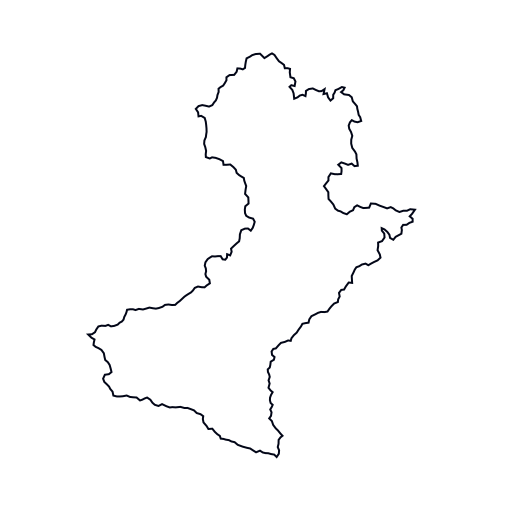 outline of Barbacena, Minas Gerais, Brazil, rotated 118°
{"feature_id": "56859067B90991980012339", "entity_name": "Barbacena", "entity_type": "district", "adm_level": 2, "iso_a3": "BRA", "parent_name": "Brazil", "parent_adm1": "Minas Gerais", "projection": "mercator", "projection_center": [-43.815, -21.253], "detail": "fine", "context": "isolated", "style": "outline", "palette": "ink", "viewbox_px": 512, "rotation_deg": 118, "n_neighbors": 0, "source": "geoboundaries", "source_scale": "gbopen_adm2", "svg_char_len": 5705}
<svg xmlns="http://www.w3.org/2000/svg" viewBox="0 0 512 512"><g transform="rotate(118 256 256)"><path d="M234.6,158.5L231.5,160.4L228.7,162.1L224.7,162.2L221.6,162.4L218.8,162.1L216.5,160.0L213.8,158.5L211.3,155.7L211.4,152.5L208.6,150.8L205.8,148.9L202.8,146.6L199.0,145.3L196.5,147.4L193.8,151.4L189.8,152.8L186.8,154.5L183.7,151.7L179.3,151.2L176.0,153.3L174.5,156.8L172.4,158.1L172.2,155.0L173.1,151.3L174.6,148.2L177.1,146.1L177.2,142.4L173.5,141.7L171.1,140.1L168.1,138.1L164.6,139.4L162.6,141.0L159.4,140.7L157.8,137.7L154.7,136.1L152.2,133.8L149.6,135.2L148.8,138.9L145.5,138.0L140.5,137.4L142.3,141.8L145.1,143.9L146.8,147.1L149.8,150.0L150.1,154.1L149.5,157.2L149.6,160.0L152.4,162.6L152.9,166.4L153.5,170.4L153.8,174.9L155.7,179.2L160.2,178.8L161.8,181.3L163.3,183.8L163.7,186.8L163.8,190.5L166.7,192.1L170.0,191.8L172.9,194.0L176.5,195.4L177.1,199.2L176.9,202.3L177.5,204.9L177.0,208.3L174.2,211.9L172.6,215.8L171.6,218.7L168.6,220.5L165.7,222.1L164.3,224.9L162.4,228.8L158.4,228.1L155.3,227.5L152.3,229.1L147.9,228.7L146.8,224.9L145.5,222.3L143.6,219.3L140.9,220.3L138.2,221.8L136.8,226.2L133.3,224.6L132.7,221.1L132.3,217.5L129.5,214.9L130.4,211.2L128.5,208.5L125.7,210.4L122.8,212.9L119.1,215.1L117.4,217.5L115.4,221.7L112.1,224.7L108.6,226.5L104.7,227.4L101.9,230.3L99.9,233.4L97.3,235.4L93.9,235.8L91.1,235.2L91.1,232.2L90.2,229.1L87.4,226.5L84.5,229.2L83.2,231.6L80.7,233.6L78.4,235.7L76.4,237.1L75.3,239.7L74.0,243.1L70.9,246.0L70.2,249.5L71.9,254.1L71.3,257.8L68.6,256.7L65.8,256.8L66.5,259.5L69.9,261.7L72.3,263.7L74.8,263.3L77.4,263.5L80.5,261.9L83.8,263.2L82.1,266.8L79.0,269.8L81.3,272.4L76.5,273.8L79.6,275.5L81.0,277.7L81.3,281.0L81.4,284.5L83.8,287.7L86.8,289.4L89.0,288.3L91.6,287.4L91.8,290.6L93.7,292.6L96.4,293.8L99.2,296.1L97.0,297.6L94.7,299.2L92.3,301.9L90.9,305.8L88.6,305.0L87.8,301.7L83.4,303.1L81.3,306.1L82.0,309.5L78.0,312.4L74.8,313.8L75.4,316.4L76.7,318.7L74.1,321.0L73.6,324.2L73.3,327.1L71.7,330.5L69.8,334.1L69.6,337.0L71.8,338.5L74.2,339.7L77.3,341.5L76.4,344.4L75.5,347.4L77.9,351.2L80.5,353.7L82.8,354.9L85.9,357.1L89.3,356.2L92.5,355.1L95.1,354.0L97.4,355.3L97.9,357.9L99.1,360.5L102.4,359.6L106.3,360.3L108.7,364.3L112.1,366.0L114.7,364.6L118.0,364.7L121.0,365.0L123.5,366.6L125.9,367.6L128.7,366.0L132.0,365.6L134.6,364.7L137.6,364.5L140.0,365.1L143.3,365.4L146.1,367.6L147.1,371.4L148.0,374.3L150.6,377.1L154.4,378.2L156.3,374.6L159.7,372.3L158.0,370.2L158.2,366.1L161.0,363.4L163.7,361.5L166.6,359.6L169.6,357.9L172.2,357.0L174.5,356.1L178.2,355.8L181.4,354.4L183.6,352.0L186.6,349.4L189.9,348.1L192.2,346.7L191.6,342.6L189.5,341.1L188.3,337.7L187.7,333.7L187.7,329.7L190.7,327.5L189.4,325.0L187.3,321.7L188.1,317.7L189.3,314.3L191.7,312.1L192.5,308.9L192.7,306.3L192.8,303.4L194.9,301.8L196.6,300.0L198.8,297.5L202.4,296.3L206.3,294.8L207.9,290.3L210.9,288.5L213.2,287.2L217.1,288.8L220.2,287.7L223.3,285.8L225.1,283.5L225.3,280.2L224.4,276.1L226.4,273.2L229.7,272.5L232.7,272.1L236.1,272.5L235.5,275.9L236.9,278.5L240.1,281.1L244.4,280.4L248.0,278.7L251.0,277.8L253.9,279.0L257.3,280.2L261.2,281.5L263.7,279.5L267.6,279.1L268.0,282.3L271.0,280.9L273.7,281.4L274.6,283.9L272.7,287.1L274.1,289.7L275.7,292.0L276.9,294.7L279.1,296.0L281.4,297.2L285.3,297.7L288.6,296.7L290.5,294.5L292.9,292.9L295.7,292.2L297.7,290.3L298.9,286.1L301.8,283.9L305.1,285.7L307.8,286.7L309.1,289.4L310.2,292.9L312.9,295.1L316.1,295.5L318.7,296.3L321.0,297.7L323.3,299.0L325.5,300.1L328.7,301.2L331.6,302.2L334.3,303.5L337.1,304.4L338.7,307.1L339.9,310.5L341.9,313.4L344.7,314.7L347.6,317.4L349.5,319.7L350.5,322.4L351.6,325.9L354.0,328.3L356.3,330.7L357.7,334.6L360.3,337.0L360.8,339.7L362.1,342.1L364.0,344.6L366.4,344.0L368.8,343.7L371.6,343.7L374.4,343.1L376.9,343.7L378.9,345.1L381.5,345.9L384.3,348.4L386.2,351.0L386.2,354.2L388.4,356.1L390.0,359.6L392.2,362.1L395.8,362.5L398.9,362.4L402.1,364.1L404.1,367.3L405.4,362.9L405.5,359.4L408.4,358.6L410.9,357.7L411.5,354.9L411.3,351.8L411.5,348.4L413.3,344.7L416.2,342.4L418.6,340.3L419.3,337.0L420.9,334.1L423.6,331.5L426.3,329.1L429.4,330.4L431.8,333.7L436.1,333.4L438.4,330.8L439.3,327.5L440.3,324.4L441.8,322.3L443.1,319.0L446.2,316.4L445.4,313.1L444.2,310.7L442.4,307.8L439.9,304.7L439.6,301.1L438.4,298.1L437.0,295.0L438.0,290.6L436.2,288.9L434.0,287.4L432.1,285.7L432.5,281.8L434.2,278.5L434.9,275.5L434.2,271.7L430.9,269.4L430.7,264.5L430.2,261.0L428.7,258.9L427.4,255.9L424.7,251.9L423.8,247.8L422.3,245.1L421.8,241.5L421.4,238.3L422.5,234.6L421.7,230.7L422.2,227.4L424.9,226.4L427.6,224.2L429.3,219.8L431.1,216.8L429.0,213.5L430.6,209.8L431.5,206.5L431.8,203.5L433.8,201.4L432.8,198.9L432.3,196.4L431.3,193.5L431.3,190.7L430.4,187.5L431.3,183.5L430.6,178.3L429.6,173.9L428.7,170.8L429.0,167.6L429.3,163.8L426.0,161.1L426.3,157.8L425.6,155.1L424.4,152.6L423.8,149.7L422.8,146.7L423.8,143.4L419.9,143.0L416.7,144.4L414.5,147.1L411.3,147.9L407.7,149.7L404.6,149.2L402.3,148.2L401.3,151.1L399.8,154.6L398.9,157.7L397.1,161.5L394.3,164.5L393.2,168.1L390.1,167.7L386.7,168.9L384.8,171.4L382.1,171.2L379.6,171.4L378.9,174.1L376.8,176.0L374.5,177.1L371.6,177.5L368.4,177.4L367.9,179.9L366.5,183.1L362.2,184.1L359.9,186.5L356.3,187.1L354.4,188.8L352.8,191.0L350.6,192.4L348.0,191.5L345.5,192.2L342.4,193.4L339.2,191.5L336.5,192.2L335.8,195.4L333.0,197.4L329.9,197.1L328.3,195.1L324.0,194.1L321.0,193.2L318.3,190.2L315.5,188.0L314.6,185.5L312.0,186.1L308.1,185.4L304.6,184.1L300.9,183.8L297.1,183.2L294.1,183.2L292.1,180.9L290.2,178.3L286.9,179.2L283.1,178.8L279.4,176.1L277.0,174.5L274.9,172.4L273.3,169.1L271.5,166.8L268.0,166.4L265.0,165.8L261.3,164.7L258.2,162.1L255.7,163.1L252.5,163.1L249.6,165.4L245.9,164.8L244.3,162.5L240.7,162.4L235.9,161.7L234.6,158.5Z" fill="none" stroke="#020617" stroke-width="2"/></g></svg>